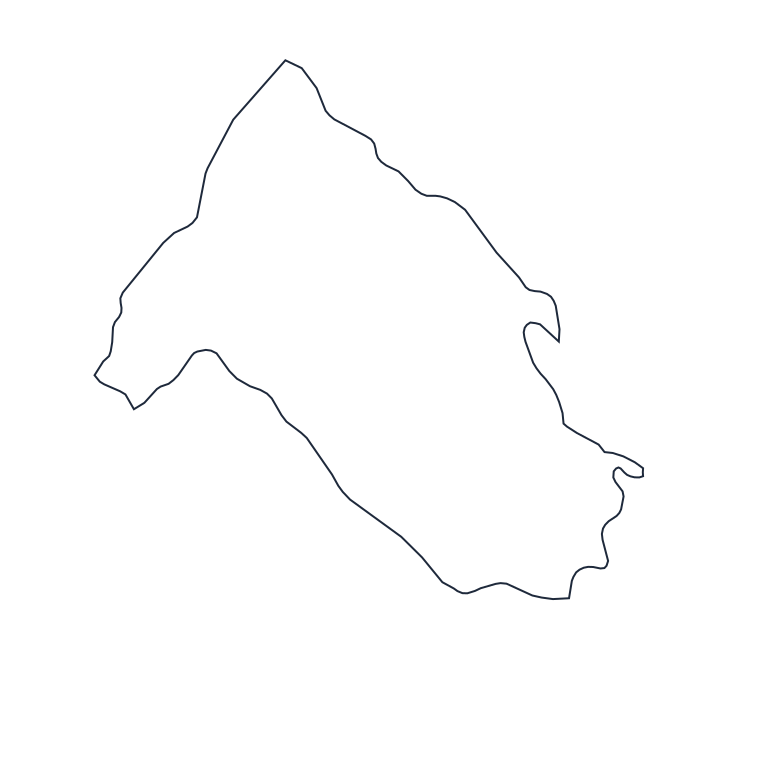 map outline of Vâlcea (Albers equal-area conic projection), rotated 311°
{"feature_id": "ROU-304", "entity_name": "Vâlcea", "entity_type": "County", "adm_level": 1, "iso_a3": "ROU", "parent_name": "Romania", "parent_adm1": "", "projection": "albers", "projection_center": [24.119, 45.04], "detail": "fine", "context": "isolated", "style": "outline", "palette": "slate", "viewbox_px": 768, "rotation_deg": 311, "n_neighbors": 0, "source": "natural_earth", "source_scale": "10m", "svg_char_len": 2132}
<svg xmlns="http://www.w3.org/2000/svg" viewBox="0 0 768 768"><g transform="rotate(311 384 384)"><path d="M200.9,211.8L206.5,195.7L205.4,189.7L200.2,173.1L199.3,168.0L200.7,159.8L216.8,157.3L224.8,158.2L229.4,156.3L237.3,151.4L249.1,142.2L254.2,140.3L260.8,140.1L265.6,138.8L269.2,136.0L272.4,132.1L275.7,128.8L281.6,126.9L345.7,124.8L360.3,126.5L374.0,132.5L379.9,133.8L387.1,133.5L425.8,111.2L431.1,109.3L484.6,96.8L563.6,97.2L568.4,114.7L563.1,139.0L551.9,160.7L551.0,166.6L551.1,172.9L559.1,207.3L560.1,213.8L559.0,218.9L556.0,223.3L552.9,227.0L550.6,231.2L549.9,236.2L550.4,242.3L554.0,255.5L553.0,269.1L551.3,280.3L552.1,287.4L554.1,292.8L559.9,299.5L562.5,303.4L565.5,309.8L567.8,318.1L568.7,330.9L557.0,382.7L553.0,416.0L550.0,427.5L550.4,432.1L553.0,436.8L556.4,441.5L558.9,447.9L559.4,452.8L558.1,457.5L555.7,462.3L540.5,480.5L530.7,488.1L531.4,462.6L529.4,458.6L526.4,454.1L522.3,453.0L518.8,453.3L514.7,455.5L511.6,459.0L508.7,463.1L497.9,482.6L495.9,488.8L494.5,495.4L493.7,502.8L491.1,515.1L488.8,521.1L485.3,528.0L479.2,537.8L471.9,545.5L471.9,550.1L473.6,561.9L479.1,585.7L477.3,595.1L482.0,601.9L486.4,612.1L489.5,624.7L490.4,634.8L487.1,637.3L484.4,640.0L481.0,638.0L478.0,634.4L476.0,630.6L474.9,627.1L474.9,623.4L475.5,618.0L474.8,615.7L472.5,614.6L468.8,614.7L463.9,618.4L461.9,623.0L459.5,634.5L456.3,638.6L444.9,645.2L441.0,646.2L437.0,646.1L427.9,643.6L422.9,643.3L418.6,644.1L413.8,646.8L409.8,651.2L397.5,669.2L392.8,671.2L389.7,671.1L386.8,668.4L383.1,661.9L379.9,658.0L376.4,655.3L372.2,653.4L367.9,652.6L362.7,653.5L358.7,654.9L343.7,664.2L332.5,652.6L326.2,643.0L321.7,634.7L313.7,607.5L310.2,602.6L306.4,599.4L293.4,591.0L287.5,588.4L280.7,584.2L277.6,580.4L275.9,575.3L275.5,570.9L272.7,558.1L278.1,526.5L280.0,497.3L274.5,434.2L275.5,423.7L277.2,416.3L281.6,404.1L292.6,361.1L292.8,353.7L291.6,335.0L293.2,327.2L299.5,308.8L300.0,302.0L298.4,294.5L294.4,284.3L291.5,269.5L292.3,258.8L297.3,237.5L295.7,231.5L292.8,227.1L286.0,221.8L282.8,220.4L279.4,220.3L255.8,222.9L248.8,222.5L242.8,221.3L235.5,217.1L231.2,215.9L212.6,215.5L200.9,211.8Z" fill="none" stroke="#1e293b" stroke-width="2"/></g></svg>